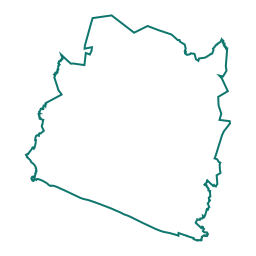 outline of Técpan de Galeana, Guerrero, Mexico
{"feature_id": "50627088B73770248415585", "entity_name": "Técpan de Galeana", "entity_type": "district", "adm_level": 2, "iso_a3": "MEX", "parent_name": "Mexico", "parent_adm1": "Guerrero", "projection": "natural_earth1", "projection_center": [-100.8, 17.404], "detail": "fine", "context": "isolated", "style": "outline", "palette": "teal", "viewbox_px": 256, "rotation_deg": 0, "n_neighbors": 0, "source": "geoboundaries", "source_scale": "gbopen_adm2", "svg_char_len": 5537}
<svg xmlns="http://www.w3.org/2000/svg" viewBox="0 0 256 256"><path d="M27.2,157.3L30.0,159.8L30.5,160.5L31.2,162.1L31.5,162.4L33.3,163.7L34.4,164.9L35.4,166.5L35.8,167.6L35.7,167.9L35.7,168.2L36.1,168.4L36.3,169.3L36.3,169.9L36.2,170.0L36.0,170.6L36.3,170.8L36.5,171.1L35.8,171.9L35.9,172.4L35.7,172.9L35.2,173.5L35.6,174.0L35.0,175.6L34.8,175.7L34.7,175.9L34.9,176.9L34.8,177.1L34.6,177.1L34.4,177.4L34.2,177.3L34.0,177.6L33.1,176.7L33.0,176.8L32.2,176.8L32.0,177.4L31.5,178.1L31.8,178.3L31.7,178.7L31.7,179.3L32.0,179.5L31.9,179.7L31.9,179.9L32.8,180.5L32.8,180.8L33.0,180.9L33.4,181.0L33.6,180.9L33.8,180.5L33.8,179.8L34.0,179.5L35.5,179.3L36.1,179.9L36.3,180.0L36.7,179.2L37.0,179.0L37.6,179.0L39.1,179.4L41.6,180.3L43.8,181.4L46.2,182.8L47.3,183.6L48.3,184.5L48.6,185.0L49.3,185.2L50.6,186.0L50.9,186.0L51.2,185.8L51.8,185.6L52.9,185.7L55.3,186.3L56.8,186.9L64.6,190.4L80.4,197.9L83.2,198.9L88.1,200.0L94.7,202.2L110.3,208.1L120.0,212.3L124.0,214.3L128.1,215.8L130.8,217.0L143.1,223.1L155.5,228.9L159.0,230.3L162.9,231.7L169.9,233.1L175.9,234.8L178.4,235.7L178.5,233.0L182.7,234.5L186.3,235.6L186.7,235.8L186.8,236.0L187.1,235.9L189.0,236.7L193.7,238.1L193.6,239.1L197.6,240.6L197.9,240.0L200.0,240.3L200.5,239.9L201.0,240.4L201.6,240.1L201.5,238.5L202.0,237.6L201.8,236.9L203.5,235.6L204.2,235.3L204.8,235.9L205.1,235.5L205.8,235.9L206.0,235.5L207.2,235.9L207.8,234.3L207.4,234.1L207.6,233.5L206.8,232.9L206.9,232.5L206.1,232.3L205.0,232.3L204.0,232.1L202.9,231.1L203.4,229.9L204.0,228.9L202.7,228.0L203.0,227.1L202.1,226.6L201.3,228.0L195.7,222.8L196.7,220.6L197.7,219.7L197.6,219.4L199.8,219.9L200.2,218.6L200.5,218.5L201.1,218.7L201.7,218.4L202.5,218.4L203.0,217.6L202.9,217.3L203.0,217.0L202.9,216.0L204.2,217.2L204.5,216.7L204.6,216.0L204.9,215.5L204.9,215.1L205.2,215.0L206.0,212.3L206.4,211.0L206.5,210.1L206.9,209.0L207.0,209.0L207.0,209.7L207.1,209.9L208.0,209.8L208.1,209.6L207.9,209.2L208.2,208.2L209.3,207.2L207.7,203.4L208.6,202.5L209.3,201.0L209.7,200.9L210.0,200.4L209.9,200.2L209.6,199.8L209.1,199.8L209.2,199.1L209.0,198.7L208.8,198.5L208.8,197.9L209.3,197.1L209.5,197.0L209.6,196.8L209.9,196.5L210.3,196.5L210.0,191.9L209.8,191.8L210.1,191.0L208.4,190.4L208.6,189.7L208.6,188.7L208.2,188.6L207.7,187.9L207.8,187.6L207.4,187.1L206.9,186.8L206.6,186.5L206.5,186.1L206.7,185.7L206.4,185.0L205.8,184.9L204.8,185.1L204.4,184.6L206.2,183.0L207.4,181.7L207.4,181.3L206.9,181.1L207.0,180.7L207.2,180.3L213.1,185.9L213.8,185.0L213.9,184.9L214.9,186.2L216.0,186.4L216.4,185.3L217.3,184.2L217.1,180.3L216.6,175.3L218.4,174.3L220.5,172.9L219.9,169.3L219.6,164.8L220.3,162.7L218.7,161.9L217.2,159.3L214.6,158.4L215.5,156.2L222.0,135.3L223.8,131.4L230.0,123.4L229.7,121.2L219.5,119.9L221.3,113.7L218.6,105.5L218.2,96.9L227.8,91.2L221.8,78.3L219.3,75.6L223.0,76.5L226.5,70.7L225.8,66.2L227.2,48.5L226.7,48.6L226.3,48.4L225.9,48.5L225.9,48.2L226.2,47.9L226.3,47.7L226.0,47.1L225.9,47.0L225.4,47.3L224.7,46.7L224.7,46.3L225.0,46.2L224.9,45.8L224.8,45.7L224.2,45.6L224.3,45.2L224.0,45.0L224.2,44.3L224.6,44.0L224.6,43.6L224.1,43.4L223.7,43.7L223.7,43.3L223.5,43.1L222.9,42.9L222.9,42.7L223.2,42.5L223.3,42.1L222.9,42.0L223.2,41.3L223.3,40.6L222.8,40.4L222.2,40.5L222.1,39.9L221.7,39.3L221.5,39.8L220.4,41.9L220.1,42.2L219.3,42.5L218.7,43.2L218.2,43.6L217.8,43.5L217.7,43.6L216.9,44.3L216.9,44.7L216.4,44.8L216.0,45.0L215.6,45.4L215.5,45.9L215.1,46.2L214.8,46.8L214.2,47.2L213.8,48.0L213.0,48.6L213.3,49.2L213.4,50.5L212.9,51.6L212.8,51.8L212.5,52.7L212.5,53.1L212.3,53.4L211.8,53.7L211.2,53.8L210.9,54.2L210.5,54.1L210.3,54.2L209.9,54.5L209.6,54.9L205.2,57.6L199.0,58.5L198.4,60.8L196.0,59.3L194.5,53.9L190.7,53.3L190.3,54.1L187.1,54.9L185.0,53.4L185.0,52.8L185.9,52.1L185.8,51.4L184.8,51.1L185.7,48.6L184.7,44.5L180.1,41.8L179.5,40.0L177.9,40.2L171.5,34.5L157.8,29.9L147.6,26.0L134.1,32.7L111.6,15.4L92.6,18.1L90.7,24.6L84.9,45.6L84.6,48.7L91.9,47.2L91.6,50.6L89.8,54.5L85.8,53.0L84.4,65.1L73.1,63.5L71.0,63.7L67.4,60.6L61.1,54.6L61.5,55.9L62.1,56.3L62.4,56.6L62.5,57.4L62.2,57.8L62.5,58.3L62.1,58.6L62.3,58.8L62.3,59.3L60.8,59.8L61.0,60.5L60.8,61.0L60.2,61.1L59.8,61.3L59.5,61.2L59.1,61.2L58.9,61.7L59.2,62.0L58.8,62.9L58.5,62.9L58.4,63.1L58.5,63.5L58.4,63.6L59.0,64.4L59.3,64.2L59.6,64.6L59.0,65.0L58.5,65.7L58.7,65.8L58.1,67.1L58.2,67.7L58.2,68.6L58.3,69.2L57.4,69.5L57.5,70.5L57.8,70.8L56.7,71.8L56.7,72.3L57.3,72.4L57.4,72.6L56.4,73.5L56.0,73.0L55.4,72.8L54.6,74.1L54.2,74.5L55.1,74.9L55.3,75.2L54.3,77.3L58.6,90.5L60.5,92.9L61.6,94.6L45.8,103.0L45.9,103.4L45.7,103.4L45.6,103.7L45.8,103.9L45.6,104.0L45.6,104.3L45.4,104.3L45.5,105.1L45.4,105.9L45.2,105.6L44.9,105.5L44.7,105.8L43.8,105.5L43.7,105.5L43.6,106.7L43.1,107.2L43.2,107.5L43.4,108.4L43.3,109.1L43.2,109.2L42.7,109.2L41.7,108.5L41.0,108.7L41.1,108.9L40.8,109.1L40.7,109.4L40.3,110.2L39.4,111.8L39.2,111.9L39.3,112.2L39.2,112.6L39.1,112.8L39.2,113.0L39.6,112.9L39.6,113.2L39.4,113.3L39.8,113.5L39.1,113.6L38.9,113.8L38.7,114.2L38.9,114.4L38.9,114.9L39.4,115.4L39.2,116.2L39.5,116.3L39.6,116.7L39.4,117.0L39.6,117.3L39.6,118.5L40.4,118.8L40.7,118.5L40.8,118.7L40.6,119.1L43.3,119.9L42.7,122.3L42.4,124.6L42.2,124.9L42.0,125.2L41.8,125.7L41.9,126.7L43.8,130.8L40.7,133.4L39.5,133.3L39.4,133.7L39.1,133.8L38.9,134.0L38.9,134.3L39.1,134.6L38.8,135.2L38.8,135.8L37.1,135.2L36.3,135.8L35.9,136.3L35.4,137.9L35.3,139.1L35.1,140.0L36.0,140.2L35.7,141.3L35.7,143.1L34.4,148.1L34.0,148.3L33.8,148.6L33.1,147.4L32.4,147.6L31.5,149.5L29.7,151.7L28.3,153.9L27.6,153.8L26.0,154.9L26.3,155.4L27.2,156.3L27.5,157.1L27.2,157.3Z" fill="none" stroke="#0f766e" stroke-width="2"/></svg>